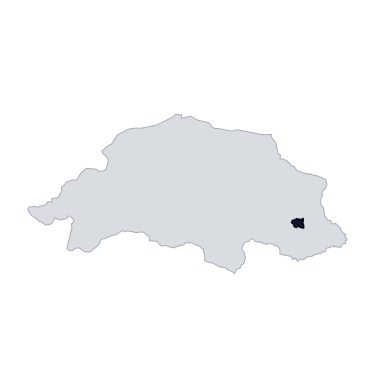 location of Do'rgon, Hovd, Mongolia, rotated 188°
{"feature_id": "93677404B47825752069275", "entity_name": "Do'rgon", "entity_type": "district", "adm_level": 2, "iso_a3": "MNG", "parent_name": "Mongolia", "parent_adm1": "Hovd", "projection": "orthographic", "projection_center": [92.87, 48.326], "detail": "fine", "context": "in_parent", "style": "filled", "palette": "ink", "viewbox_px": 384, "rotation_deg": 188, "n_neighbors": 0, "source": "geoboundaries", "source_scale": "gbopen_adm2", "svg_char_len": 5565}
<svg xmlns="http://www.w3.org/2000/svg" viewBox="0 0 384 384"><g transform="rotate(188 192 192)"><path d="M32.9,162.1L34.1,162.2L36.0,160.9L36.3,159.0L36.9,158.0L41.2,157.7L43.1,158.4L43.5,157.2L43.9,157.1L44.9,158.1L45.9,157.7L46.6,157.3L47.3,155.9L48.8,156.2L51.4,154.7L51.4,151.9L52.4,151.3L54.7,150.8L55.0,149.6L55.5,149.2L57.1,148.9L60.0,147.6L61.4,147.5L62.4,146.2L65.0,144.6L68.8,143.9L69.1,143.1L72.5,140.6L76.3,140.5L77.3,138.3L77.8,138.1L80.4,140.7L81.5,140.4L81.9,139.4L83.4,139.4L84.1,141.3L85.0,142.0L96.0,142.6L96.3,143.3L97.1,147.6L99.1,149.6L99.6,150.6L102.7,150.2L104.5,151.8L107.2,151.6L108.5,152.0L111.0,150.4L111.6,150.4L112.5,151.1L113.7,150.5L116.2,151.9L118.0,151.5L119.0,152.1L120.0,151.5L122.7,151.8L125.0,154.0L126.5,153.7L128.1,152.1L128.5,151.1L131.1,150.4L132.5,149.2L133.4,148.2L134.5,144.7L134.5,141.3L133.2,140.8L132.0,139.7L131.3,137.9L131.1,136.6L129.8,134.7L129.8,133.7L130.4,132.0L130.5,129.2L131.3,127.6L132.9,126.7L133.0,125.6L133.9,123.4L136.5,121.9L137.8,119.5L138.4,117.0L139.9,118.1L143.4,119.5L146.4,120.1L148.4,121.6L153.6,121.6L162.5,124.8L164.2,124.4L169.5,125.5L169.9,126.0L170.3,129.1L170.8,129.9L171.4,133.2L172.6,134.7L172.6,136.8L173.1,137.3L174.4,137.4L176.7,139.3L181.4,140.1L183.0,141.3L186.2,141.8L187.8,141.0L190.4,140.9L191.4,140.5L192.8,138.7L193.8,138.1L199.5,135.9L200.9,134.6L202.0,134.2L206.8,134.5L210.2,135.4L214.8,134.4L217.3,135.8L218.6,137.2L220.6,138.3L227.2,137.7L227.5,137.9L228.1,141.4L228.5,141.9L233.5,144.9L235.7,145.6L241.5,144.1L251.1,144.5L253.1,143.2L255.3,144.0L256.0,143.7L261.1,139.2L262.1,139.2L267.8,136.4L271.2,133.8L274.1,133.2L276.1,131.2L276.3,128.3L279.2,124.2L284.6,118.5L288.8,117.9L291.5,118.5L294.8,120.5L296.4,120.9L299.1,120.3L302.2,117.2L304.3,117.1L306.4,117.3L308.0,118.3L306.6,134.4L306.8,135.2L305.8,138.8L306.9,143.6L305.0,146.1L306.1,148.7L307.0,149.5L310.4,151.4L311.2,150.7L311.6,149.4L312.8,147.9L315.5,147.3L317.7,146.1L320.8,146.1L324.1,147.4L326.4,141.3L329.7,139.5L333.1,139.0L336.6,141.4L340.0,141.8L341.4,143.4L342.8,143.7L343.4,144.4L348.3,146.8L349.8,149.0L351.4,150.3L352.0,152.1L352.1,153.0L350.9,154.5L345.7,156.0L342.2,155.3L341.4,156.7L337.4,157.7L335.4,159.2L334.1,160.4L333.6,161.9L333.0,162.4L332.3,162.6L330.8,162.1L329.8,162.5L329.6,162.8L329.9,166.0L326.5,167.1L325.2,167.1L322.8,169.5L322.8,170.8L321.7,172.9L321.2,176.4L321.9,177.6L321.7,178.6L319.6,181.0L317.9,184.2L313.1,186.8L310.8,187.7L308.8,187.6L307.2,188.6L306.5,191.7L304.1,196.0L300.0,200.7L290.6,201.2L289.4,201.0L287.0,199.4L281.9,200.7L280.7,202.4L279.9,204.8L279.2,212.1L282.1,215.4L285.1,217.3L286.5,218.8L286.9,220.4L285.4,221.5L283.6,224.5L278.5,228.2L273.9,238.0L263.7,245.5L256.7,247.4L251.1,248.1L236.4,253.3L227.3,259.5L220.5,264.5L219.1,266.6L218.4,267.0L217.0,266.5L213.0,266.9L212.5,263.6L204.1,266.8L196.6,264.0L186.2,263.0L184.1,262.4L180.2,258.6L178.3,258.2L173.8,258.5L161.5,257.8L155.9,260.0L130.7,258.5L121.7,260.0L121.3,259.6L120.6,256.9L116.2,252.9L115.6,251.9L115.3,250.3L111.6,241.8L109.4,240.6L109.5,237.0L106.3,237.4L102.6,236.1L98.8,233.6L97.0,231.8L94.4,231.4L91.1,228.0L89.6,227.4L81.9,226.0L78.0,226.4L73.8,225.5L69.0,225.3L67.5,224.5L66.1,224.6L63.4,223.1L61.5,223.3L59.4,218.3L60.0,215.2L60.9,213.4L63.2,210.7L63.1,209.7L62.3,207.1L63.6,202.7L63.3,199.9L62.1,196.8L60.6,196.0L58.4,191.7L57.8,188.4L56.9,186.1L54.7,184.6L54.0,182.6L53.3,182.5L52.8,183.1L51.4,183.3L50.1,182.0L49.3,180.5L48.5,180.1L47.0,180.1L45.6,180.7L44.2,180.3L42.9,178.9L39.6,176.8L39.6,175.3L39.1,174.3L38.1,173.9L37.2,172.8L33.9,171.4L33.9,170.6L34.9,169.1L32.7,167.7L31.9,166.3L33.3,164.6L32.8,163.4L32.9,162.1Z" fill="#d9dde1" stroke="#a8b0b8" stroke-width="1"/><path d="M78.2,181.2L78.3,181.2L78.5,180.9L78.7,180.7L78.8,180.5L79.0,180.4L79.2,180.2L79.2,179.9L79.3,179.8L79.4,180.0L79.5,180.0L79.8,180.0L79.9,179.9L80.1,179.9L80.1,180.0L80.3,180.1L80.5,180.2L80.8,180.0L80.9,179.9L81.0,179.8L81.2,179.7L81.3,179.4L81.5,179.3L81.5,179.2L82.0,179.7L82.6,180.1L82.9,180.1L83.5,180.0L83.8,180.0L84.2,179.7L84.3,179.5L84.4,179.4L84.4,179.2L84.5,179.2L84.6,179.3L84.6,179.2L84.7,179.3L84.8,179.3L85.0,179.4L85.0,179.5L85.0,179.4L85.1,179.2L85.2,179.3L85.3,179.3L85.2,179.3L85.3,179.3L85.3,179.2L85.2,179.2L85.3,179.2L85.3,179.3L85.4,179.2L85.3,178.9L85.4,179.0L85.5,179.0L85.4,178.9L85.3,178.7L85.4,178.3L85.5,178.2L85.8,178.1L86.0,178.1L86.3,178.1L86.5,178.1L86.8,178.1L87.0,178.1L87.6,178.2L87.8,178.2L88.1,178.2L88.3,177.9L88.4,177.7L88.5,177.7L88.7,177.4L88.8,177.3L88.8,177.2L88.9,176.9L88.9,176.7L89.0,176.6L89.0,176.4L88.9,176.3L89.0,176.2L89.2,175.8L89.2,175.7L88.9,175.5L88.9,175.4L88.7,175.3L88.6,175.2L88.4,175.1L88.2,175.0L88.0,174.9L87.9,174.9L87.7,174.8L87.7,174.7L87.4,174.6L87.2,174.5L87.2,174.4L87.0,174.2L86.9,174.1L86.7,173.8L86.7,173.7L86.5,173.4L86.4,173.3L86.4,173.1L86.4,172.9L86.3,172.7L86.2,172.6L86.1,172.4L86.0,172.2L85.9,171.9L83.8,171.5L83.7,171.7L83.4,171.6L82.7,173.1L81.8,173.3L80.8,172.3L80.0,172.1L77.8,171.9L77.7,171.8L77.4,171.9L76.8,171.8L76.7,171.9L76.6,172.0L76.4,172.2L76.6,172.8L76.6,173.2L76.8,174.3L77.5,176.3L77.5,176.2L77.5,175.7L77.7,175.8L77.8,175.9L78.2,175.9L78.5,176.0L78.4,176.0L78.5,176.0L78.8,176.2L79.0,176.3L79.3,176.4L79.2,176.4L78.9,176.5L78.7,176.5L78.5,176.4L78.4,176.4L78.4,176.5L78.2,176.7L78.2,177.0L78.1,177.3L78.0,177.5L78.0,177.8L77.9,178.0L77.8,178.3L77.8,178.5L77.7,178.8L77.7,179.0L77.9,179.2L77.9,179.4L78.0,179.5L78.1,179.8L78.3,179.9L78.3,180.0L78.4,180.3L78.5,180.4L78.5,180.5L78.4,180.6L78.5,180.8L78.4,180.9L78.4,181.0L78.2,181.0L78.2,181.2Z" fill="#0f172a" stroke="#020617" stroke-width="1.5"/></g></svg>